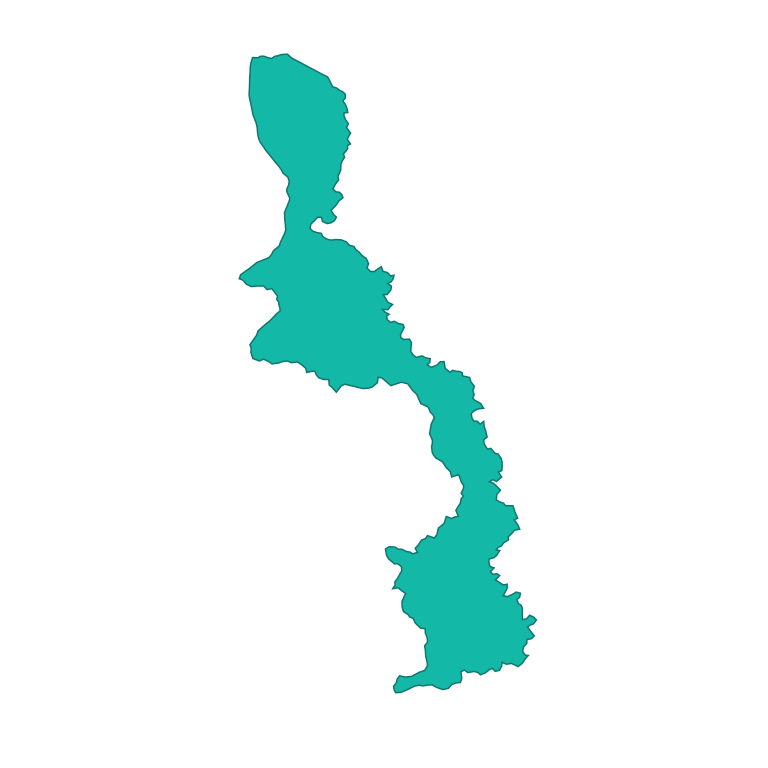 the district of Campina Grande do Sul, Paraná, Brazil, rotated 104°
{"feature_id": "56859067B91516213917217", "entity_name": "Campina Grande do Sul", "entity_type": "district", "adm_level": 2, "iso_a3": "BRA", "parent_name": "Brazil", "parent_adm1": "Paraná", "projection": "orthographic", "projection_center": [-48.831, -25.183], "detail": "fine", "context": "isolated", "style": "filled", "palette": "teal", "viewbox_px": 768, "rotation_deg": 104, "n_neighbors": 0, "source": "geoboundaries", "source_scale": "gbopen_adm2", "svg_char_len": 5761}
<svg xmlns="http://www.w3.org/2000/svg" viewBox="0 0 768 768"><g transform="rotate(104 384 384)"><path d="M625.7,185.5L621.6,182.3L616.2,180.3L612.5,178.3L612.9,181.5L609.9,184.8L605.4,185.0L601.1,182.7L597.3,183.5L595.6,179.5L592.0,177.2L589.2,181.0L585.1,185.9L582.4,183.7L580.7,181.0L576.1,179.0L574.0,182.3L573.1,186.7L577.5,188.9L579.1,192.8L568.3,195.4L565.6,197.3L564.6,200.4L561.0,203.0L558.3,200.9L554.0,200.9L553.9,205.4L556.5,207.9L560.5,212.9L560.5,217.1L552.9,215.1L548.5,216.0L550.1,219.8L547.1,228.5L541.9,225.4L540.8,228.5L542.4,232.7L540.1,235.3L535.8,232.7L535.4,237.0L531.2,239.3L528.4,239.6L525.8,235.1L522.9,233.2L517.6,231.4L517.8,234.9L515.0,233.8L512.8,230.9L509.3,229.6L505.1,225.5L502.4,226.5L497.3,223.4L494.4,222.2L492.0,217.2L488.1,220.3L484.3,224.8L481.8,221.8L476.3,226.2L471.0,229.3L472.6,236.8L470.7,239.2L470.5,242.7L469.4,246.9L464.0,247.9L458.8,245.3L455.5,250.6L453.8,253.8L453.3,258.1L450.5,255.3L451.3,251.4L445.9,247.3L441.8,251.7L439.5,248.7L435.5,249.4L431.1,250.6L428.0,252.2L424.4,256.3L424.4,259.6L420.6,264.8L422.2,267.8L418.1,272.2L414.0,273.8L410.6,271.1L404.7,274.1L401.1,276.5L396.1,278.2L399.7,281.0L397.5,284.7L398.3,288.0L395.4,290.6L391.6,292.2L389.0,290.6L386.7,288.3L384.9,285.5L383.5,281.4L379.4,285.7L377.9,291.8L376.4,294.6L372.5,293.9L369.3,296.1L364.3,295.8L361.1,300.0L357.0,302.5L357.1,309.9L354.2,310.6L353.6,313.9L354.2,317.5L354.2,320.9L356.6,322.7L354.1,328.3L347.7,331.2L348.8,334.8L352.9,337.3L356.4,342.1L354.9,346.9L352.2,344.8L348.2,345.3L348.6,349.8L347.5,353.8L350.4,359.4L348.4,363.2L345.8,366.0L337.1,367.4L334.3,370.2L336.0,375.7L334.9,379.0L332.1,379.9L324.2,378.1L321.6,380.0L321.8,384.6L320.7,389.2L322.6,392.4L320.8,396.4L317.6,398.0L315.1,395.9L313.8,400.9L312.0,403.5L310.9,398.1L308.0,396.9L304.8,394.9L303.8,400.0L299.7,404.0L297.5,406.3L296.4,402.5L291.0,400.1L287.3,400.4L285.6,404.9L283.3,401.9L280.3,400.7L276.0,400.6L277.6,403.7L275.0,407.7L274.9,412.2L270.8,415.0L273.6,417.6L277.3,420.7L278.0,424.7L275.5,428.5L271.0,428.1L266.5,431.6L264.7,436.3L262.2,439.8L260.3,444.0L257.8,446.4L257.8,451.1L255.2,455.0L254.5,460.3L255.5,465.7L257.2,470.1L257.3,474.2L255.8,479.1L253.0,481.3L253.3,485.4L253.0,489.9L250.9,493.5L246.5,493.6L242.6,491.1L238.2,488.7L237.4,485.0L241.2,483.0L242.1,477.9L240.4,474.4L237.5,471.6L233.6,470.5L232.1,473.4L228.4,477.4L224.8,475.3L221.7,473.6L217.5,472.2L213.2,468.9L210.4,470.7L208.7,473.8L209.2,477.0L207.1,480.9L201.4,479.3L196.9,477.4L193.6,479.0L190.4,478.2L186.5,477.8L181.3,479.0L177.6,478.5L173.7,477.1L170.5,479.0L167.5,477.4L164.4,476.3L161.4,477.1L159.2,474.6L155.4,478.9L151.4,478.0L148.6,477.1L144.3,482.4L140.1,481.5L136.7,485.4L133.2,487.8L130.4,488.3L129.4,484.8L125.0,486.9L122.0,489.2L119.3,492.4L116.0,490.7L112.3,491.6L110.5,494.5L109.9,497.7L108.2,501.9L108.1,505.7L103.4,509.6L99.7,513.0L98.5,518.5L94.0,536.5L89.9,552.9L87.3,557.4L89.2,563.4L91.2,566.4L92.7,569.6L95.4,571.7L95.4,575.7L95.0,579.9L95.8,583.0L98.0,585.2L99.0,590.5L105.9,590.8L109.9,590.2L113.6,589.4L119.4,588.4L123.3,587.5L126.4,586.8L130.8,585.9L135.6,585.0L138.5,583.9L142.6,581.9L148.9,578.8L152.0,577.4L155.0,575.9L157.6,574.0L161.9,571.0L166.4,568.9L169.6,567.9L172.8,566.6L175.9,565.2L179.1,562.8L182.1,559.4L186.2,554.8L191.1,548.3L194.7,543.6L198.3,538.6L200.9,535.5L204.0,532.8L206.5,527.3L210.3,525.0L214.2,524.7L217.7,525.4L220.7,525.0L226.6,520.3L229.6,520.3L241.8,522.0L247.9,520.2L250.6,519.2L253.4,518.2L258.3,516.6L262.1,516.9L271.1,518.7L275.5,519.1L281.3,523.5L285.0,524.3L289.1,526.1L296.8,536.7L304.2,542.3L312.7,549.6L316.9,549.9L317.4,546.0L320.4,541.8L321.6,536.5L319.3,529.8L318.0,524.4L320.7,520.4L318.6,515.9L324.3,508.7L328.1,508.5L329.8,506.0L332.7,505.1L335.3,503.5L338.2,502.5L342.2,505.4L349.9,509.8L356.3,514.5L362.8,519.0L367.5,519.4L373.6,521.8L378.4,523.6L381.5,521.4L385.3,520.9L391.0,517.4L391.8,510.5L389.0,506.8L390.4,500.5L391.6,497.6L389.0,491.1L386.7,487.7L385.0,483.2L385.8,479.2L383.5,473.3L385.7,467.5L387.8,463.6L391.5,461.8L389.3,457.3L388.3,454.1L391.3,452.1L393.7,449.0L394.2,444.0L393.1,438.6L398.3,436.9L399.8,433.7L403.5,428.3L396.2,425.0L393.7,422.0L393.5,403.3L391.9,398.3L389.9,394.8L384.5,390.8L378.9,391.2L378.6,387.5L383.9,377.0L378.1,367.6L378.0,361.1L383.1,355.0L386.1,349.8L394.2,343.5L395.6,335.6L400.2,332.2L402.0,329.1L404.4,327.1L411.8,328.5L421.2,327.7L426.9,323.4L430.2,322.7L433.1,322.7L438.6,320.7L441.0,318.7L443.2,315.9L445.3,308.6L450.1,303.3L452.9,298.6L457.8,295.8L453.9,289.6L460.8,285.0L463.0,282.3L465.9,281.6L471.3,282.7L473.7,279.8L476.4,281.4L481.4,281.1L484.6,282.3L489.3,283.7L494.4,279.8L495.9,283.2L498.1,285.8L497.5,291.5L504.6,291.9L510.7,296.4L517.3,296.2L521.2,297.9L520.6,305.2L523.9,306.3L526.3,309.8L532.4,312.0L535.8,314.0L539.3,310.8L541.8,315.1L540.8,318.1L541.1,321.8L540.0,326.8L540.8,330.1L539.6,333.9L540.6,339.6L543.7,342.7L549.8,340.0L552.8,336.9L556.0,330.3L555.0,327.0L557.2,322.8L560.9,321.6L569.5,323.9L573.4,325.6L576.4,324.6L580.5,326.0L578.3,321.1L580.0,317.6L582.0,312.4L590.4,314.0L596.1,312.4L600.2,310.0L601.9,304.9L603.9,302.6L604.4,298.9L608.2,296.0L612.0,289.6L611.5,284.8L615.8,283.6L619.3,280.9L624.0,279.3L628.2,281.3L631.7,279.7L638.4,277.5L643.3,274.9L646.7,273.7L652.1,275.2L655.2,280.1L661.0,286.4L663.2,292.4L663.4,298.3L667.3,299.8L671.1,299.8L675.0,301.6L678.3,300.1L680.7,298.0L679.2,293.2L675.9,288.6L673.3,285.4L669.6,281.0L667.8,277.0L667.5,273.1L665.3,268.1L664.3,264.3L665.5,260.3L666.0,256.1L666.2,252.8L663.7,247.9L659.1,245.5L656.4,241.3L655.2,237.7L650.9,237.3L644.6,239.8L642.1,236.7L643.7,232.8L641.2,227.2L641.1,223.5L642.8,220.0L639.4,215.5L635.6,212.6L633.7,210.2L635.9,206.6L633.9,202.7L629.1,201.6L625.5,202.2L626.3,197.5L624.3,192.8L625.7,185.5Z" fill="#14b8a6" stroke="#0f766e" stroke-width="1.5"/></g></svg>